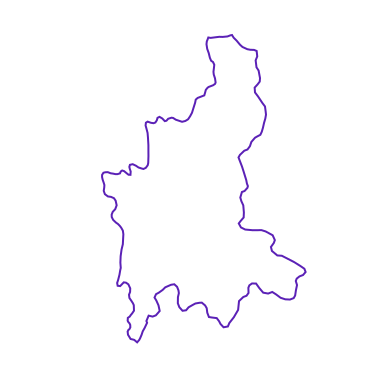 Kletsk, Minsk, Belarus, rotated 249°
{"feature_id": "67162791B94687657655016", "entity_name": "Kletsk", "entity_type": "district", "adm_level": 2, "iso_a3": "BLR", "parent_name": "Belarus", "parent_adm1": "Minsk", "projection": "equal_earth", "projection_center": [26.695, 52.952], "detail": "fine", "context": "isolated", "style": "outline", "palette": "violet", "viewbox_px": 384, "rotation_deg": 249, "n_neighbors": 0, "source": "geoboundaries", "source_scale": "gbopen_adm2", "svg_char_len": 3570}
<svg xmlns="http://www.w3.org/2000/svg" viewBox="0 0 384 384"><g transform="rotate(249 192 192)"><path d="M324.2,285.6L324.5,284.0L324.5,280.9L325.8,276.2L327.1,273.1L328.0,269.5L329.2,264.6L330.4,262.6L329.0,261.4L327.3,259.8L324.8,258.5L320.2,257.5L315.7,257.4L310.9,256.8L307.7,256.9L305.8,258.2L302.8,258.4L299.7,256.8L296.5,255.1L293.8,254.4L289.8,254.2L285.8,253.3L284.7,252.3L284.1,250.0L284.1,247.4L284.1,245.1L283.7,243.8L282.4,241.5L280.3,240.0L277.8,238.1L277.8,233.6L277.8,231.0L276.9,228.6L274.2,226.9L269.8,223.4L266.0,220.4L263.4,217.4L261.3,214.4L260.7,211.2L261.1,207.9L263.4,205.1L265.3,202.8L267.9,200.9L268.7,199.5L268.9,196.0L267.7,193.7L267.9,192.0L271.3,190.6L273.8,188.6L273.6,186.4L271.5,184.8L270.0,182.7L270.0,180.8L271.3,178.5L273.6,175.8L273.2,173.8L270.7,172.5L267.5,172.2L263.1,171.7L258.6,170.4L251.4,168.1L246.2,166.1L241.1,164.2L234.7,161.5L232.8,160.2L231.1,157.5L230.9,154.9L232.0,153.4L234.1,150.8L236.6,149.1L239.2,146.6L239.6,143.8L237.9,142.5L235.8,142.2L233.1,142.1L230.1,140.7L230.9,138.9L232.6,137.9L235.8,136.1L237.1,134.5L236.7,132.9L235.2,131.4L235.4,128.8L236.2,126.8L237.5,124.8L238.6,122.8L240.7,120.5L241.5,118.1L241.7,116.2L240.2,114.2L238.2,113.4L235.5,113.0L232.4,112.9L229.9,112.7L227.7,111.7L224.7,110.0L221.2,109.9L218.0,111.9L216.5,114.6L214.2,116.9L211.3,117.6L206.6,116.9L203.5,114.2L201.9,110.9L199.7,108.9L197.4,108.1L194.2,108.4L190.6,110.1L188.7,111.4L186.4,112.4L184.1,113.1L180.7,113.6L177.2,112.8L168.0,108.7L163.5,105.6L157.7,102.4L151.7,99.8L146.7,98.3L144.6,96.9L140.7,94.6L136.2,91.4L133.9,89.5L131.1,89.0L129.9,91.2L131.1,93.8L132.1,95.9L131.0,97.9L128.6,99.5L124.2,99.8L120.9,98.4L118.7,96.4L115.5,95.6L112.1,96.4L109.2,97.0L107.2,97.1L102.0,95.3L100.1,92.6L99.0,90.6L98.0,89.2L97.5,87.0L94.9,85.8L93.6,85.9L91.7,86.6L90.0,86.7L87.7,85.9L86.3,84.3L86.1,83.3L84.8,81.9L81.7,81.1L76.8,82.0L75.3,84.2L74.6,85.1L72.2,86.4L71.3,86.9L72.8,89.7L74.1,91.2L76.7,93.7L79.6,96.1L82.0,99.0L86.0,103.2L87.9,103.2L92.1,107.2L89.8,110.6L89.8,114.1L92.5,119.2L98.2,120.1L103.5,119.8L106.9,119.2L109.5,121.8L109.9,124.9L111.1,129.5L112.6,132.9L112.9,139.2L112.2,142.4L108.8,144.1L105.0,144.1L102.3,143.5L98.9,141.2L93.2,138.9L89.0,138.9L84.5,140.6L83.7,144.1L85.6,147.5L86.3,152.1L86.7,155.2L85.9,159.3L85.2,161.5L81.4,163.6L78.3,164.1L73.8,163.0L69.2,163.0L67.7,165.6L65.4,169.9L61.6,171.0L58.6,171.3L54.4,173.0L53.6,177.3L56.3,179.9L60.1,186.2L65.4,192.8L73.3,196.8L75.6,202.3L75.6,205.7L77.5,208.6L82.4,210.3L84.3,212.1L85.1,215.2L83.6,219.0L78.2,220.4L72.5,222.4L69.9,226.7L69.9,231.1L66.4,233.7L61.5,236.8L58.4,240.6L56.5,244.9L56.5,248.9L58.4,251.2L63.0,253.8L67.5,256.7L71.7,257.0L73.6,258.7L74.6,261.8L74.7,262.2L74.7,265.9L76.6,269.4L80.1,269.4L83.9,266.8L90.0,262.2L100.3,253.0L102.2,248.9L108.3,245.5L112.4,246.0L115.1,250.1L117.4,252.1L122.7,251.8L128.8,246.6L131.5,243.2L134.5,235.1L137.9,228.2L141.4,225.0L145.9,224.4L147.5,227.0L149.7,231.1L154.3,233.1L161.2,235.1L165.7,234.8L169.5,235.1L174.1,238.6L174.1,241.4L176.0,245.2L177.5,246.3L180.2,246.3L183.6,246.9L192.4,247.5L197.7,247.8L203.4,247.8L207.6,247.8L209.5,250.1L211.8,255.6L211.8,259.0L214.0,262.5L217.5,265.4L220.1,270.3L220.5,272.9L220.9,276.3L223.2,278.7L226.6,281.3L230.8,284.1L234.2,286.7L237.7,288.8L240.7,289.6L245.7,290.8L249.9,289.6L257.5,287.9L262.4,286.5L267.0,287.9L268.9,291.7L270.8,294.8L273.9,296.3L281.5,297.7L285.3,296.9L292.1,298.6L295.2,301.5L300.5,302.9L302.4,300.9L303.9,297.4L305.5,294.8L309.3,291.1L312.3,289.6L317.3,287.9L321.1,286.2L324.1,285.6L324.2,285.6Z" fill="none" stroke="#5b21b6" stroke-width="2"/></g></svg>